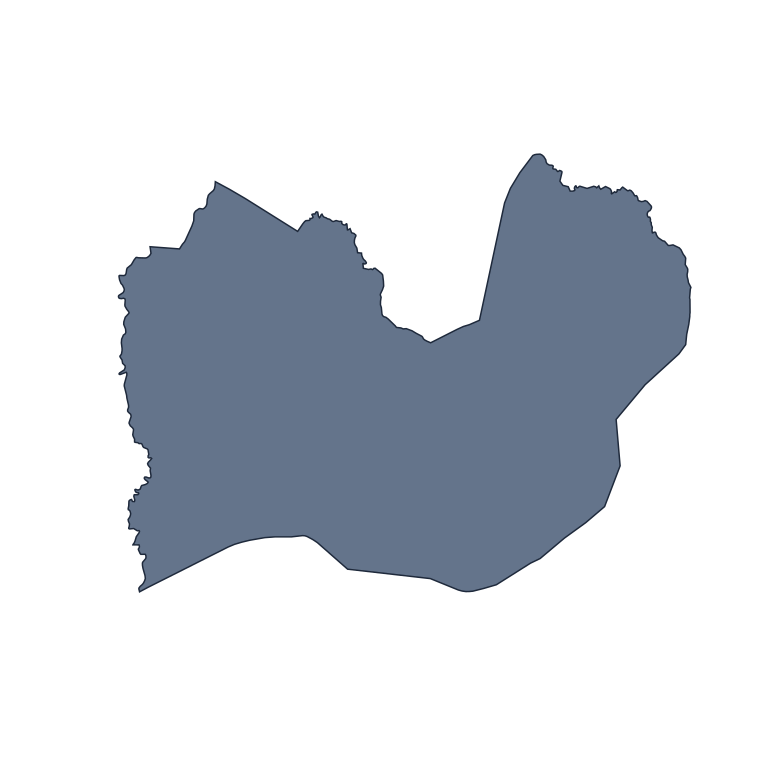 outline of Belen, Lempira, Honduras, rotated 14°
{"feature_id": "27666195B74461525568246", "entity_name": "Belen", "entity_type": "district", "adm_level": 2, "iso_a3": "HND", "parent_name": "Honduras", "parent_adm1": "Lempira", "projection": "equal_earth", "projection_center": [-88.46, 14.523], "detail": "fine", "context": "isolated", "style": "filled", "palette": "slate", "viewbox_px": 768, "rotation_deg": 14, "n_neighbors": 0, "source": "geoboundaries", "source_scale": "gbopen_adm2", "svg_char_len": 6158}
<svg xmlns="http://www.w3.org/2000/svg" viewBox="0 0 768 768"><g transform="rotate(14 384 384)"><path d="M541.6,551.6L569.5,522.4L577.7,515.6L596.4,489.8L613.3,469.7L627.7,449.6L632.9,406.3L617.8,362.2L637.5,321.6L662.9,283.4L667.2,272.8L665.7,262.6L665.3,252.5L664.4,244.6L663.9,242.6L663.7,240.7L660.4,227.9L659.7,226.6L658.3,218.0L658.4,216.0L654.9,212.0L653.9,209.6L652.3,206.6L651.6,204.3L651.5,201.6L651.0,199.3L650.5,198.4L647.4,195.3L646.3,188.9L645.0,187.4L643.0,185.8L639.7,181.9L637.6,180.5L630.8,179.1L627.9,180.4L626.3,180.8L621.7,177.6L619.6,177.6L614.6,175.7L612.4,173.6L611.2,171.6L610.6,171.1L609.4,171.3L608.2,172.4L607.8,172.4L606.9,170.2L606.4,167.0L604.9,165.0L604.2,162.7L603.1,161.7L602.8,160.0L602.2,158.7L601.4,157.8L600.3,158.2L599.8,158.0L598.9,157.0L598.3,155.6L598.2,154.4L598.5,153.1L599.0,152.3L600.1,151.4L600.6,150.1L600.9,148.4L600.7,147.4L600.1,146.6L595.0,143.2L593.0,142.9L591.4,144.1L589.5,144.8L586.6,144.5L586.0,144.0L585.1,142.0L583.8,140.4L583.2,140.2L582.2,140.7L581.6,140.6L579.4,138.3L577.1,136.7L575.6,136.4L574.2,137.4L573.4,137.5L568.0,135.2L567.4,135.9L566.1,138.6L563.4,139.0L563.3,139.4L563.6,140.6L563.0,141.8L562.4,142.1L561.3,141.7L559.0,144.4L558.5,144.2L558.4,142.9L558.0,141.9L556.7,140.3L555.8,139.8L551.2,138.8L547.2,142.6L545.6,141.4L544.5,139.8L542.9,142.2L541.7,141.5L539.7,141.4L533.7,145.1L526.2,144.7L525.6,145.1L524.8,146.5L524.0,146.9L523.3,146.7L522.7,145.5L522.0,145.4L521.5,146.2L521.3,147.5L521.5,148.5L522.3,149.4L522.1,150.2L520.5,151.2L518.0,151.8L515.0,148.0L509.5,148.0L505.6,144.6L505.5,135.8L505.3,135.0L504.8,134.6L502.8,134.3L501.6,135.6L501.0,135.8L498.7,134.1L496.1,134.4L495.5,133.7L495.6,132.1L495.2,131.4L494.0,131.1L491.5,131.6L488.9,130.8L487.7,129.5L486.7,127.3L483.9,124.6L481.6,123.5L479.8,123.2L476.3,124.3L474.6,125.1L473.1,126.3L464.7,146.1L459.3,163.6L457.2,179.1L461.2,299.1L452.3,305.9L447.1,309.0L441.6,313.4L419.3,332.7L415.5,332.1L412.8,331.4L411.4,330.7L410.0,329.1L409.1,328.5L402.9,327.0L398.4,325.6L392.2,324.9L389.3,325.9L386.9,325.5L382.4,326.1L380.9,324.9L372.3,319.9L369.7,318.8L367.4,318.7L366.0,317.9L365.1,316.6L362.9,310.4L361.4,308.0L360.6,304.5L360.2,300.5L358.8,298.4L358.8,297.2L359.7,292.8L360.0,289.1L358.5,284.2L356.3,278.5L354.9,277.3L347.3,273.8L346.1,274.3L345.5,275.5L345.0,275.8L343.6,275.5L341.2,276.6L336.0,276.7L334.4,272.3L334.7,272.0L335.8,272.3L336.8,271.9L337.5,271.3L337.5,270.5L336.2,269.2L334.2,268.1L333.1,267.1L331.3,264.6L330.5,262.4L326.6,263.0L324.8,258.7L322.0,255.8L321.0,254.0L320.5,251.5L320.5,249.1L320.9,247.3L320.7,246.4L318.4,245.2L316.0,245.1L313.5,241.5L311.6,243.3L311.2,243.3L309.5,238.3L309.0,237.6L308.6,237.7L308.2,238.7L307.7,239.2L305.8,239.3L304.2,238.5L303.8,236.8L303.0,236.5L301.3,237.1L298.0,237.0L295.8,238.5L294.6,238.7L291.4,237.3L289.0,237.3L287.8,236.8L285.5,236.6L284.4,236.0L282.7,234.2L282.1,234.9L281.6,237.4L281.1,238.3L279.8,237.0L278.1,233.3L276.9,233.3L276.4,233.8L275.8,235.8L274.2,236.1L273.1,236.9L273.4,237.6L274.3,238.5L274.8,239.5L274.7,239.8L273.6,240.9L272.1,241.3L272.5,242.4L271.9,243.3L268.7,244.4L267.7,245.6L266.4,248.4L263.3,256.8L204.5,237.6L186.7,232.4L171.4,228.5L172.1,232.5L172.2,235.9L171.6,237.6L168.8,241.6L167.9,243.4L167.8,247.4L168.6,252.3L168.3,254.6L167.3,256.6L166.3,257.7L165.5,258.1L162.9,258.3L162.2,258.6L159.5,261.6L158.7,263.4L158.5,265.1L159.9,271.7L159.4,277.2L156.5,292.8L156.0,294.5L154.6,297.2L152.9,302.4L123.8,307.4L126.3,313.6L125.7,315.6L125.0,316.9L123.6,318.6L122.2,319.4L115.4,320.9L113.4,321.0L112.8,321.3L111.6,323.8L110.0,329.3L106.8,333.6L106.6,335.0L107.0,339.2L106.6,340.8L105.5,341.7L101.2,342.6L100.8,343.0L100.9,343.9L102.2,346.9L104.5,350.1L106.3,351.3L108.7,354.2L109.2,355.3L109.2,356.8L108.8,358.4L105.3,362.2L105.1,363.0L105.4,363.9L105.9,364.6L106.8,364.9L108.6,364.7L110.6,363.8L112.0,364.1L112.6,365.1L113.4,369.9L113.9,371.2L116.4,373.8L118.6,375.5L119.4,376.5L119.3,377.2L116.8,381.8L116.5,386.6L117.0,389.1L119.9,393.1L121.0,396.3L120.8,397.8L119.3,399.6L118.6,403.9L119.2,407.6L121.3,413.0L121.8,415.2L122.0,418.6L121.0,420.9L121.7,422.0L124.0,424.1L125.4,427.2L128.3,428.9L128.9,430.5L128.6,433.1L124.8,437.2L124.5,437.9L124.5,438.4L125.1,438.7L125.9,438.5L131.0,435.0L131.8,435.7L132.3,437.4L132.1,446.9L132.4,448.7L136.9,457.1L138.0,460.0L141.2,466.3L141.8,468.3L141.5,471.1L141.8,472.3L142.9,473.3L145.4,474.6L146.1,475.7L146.5,476.9L146.0,482.9L146.2,483.9L147.9,485.9L150.5,487.3L151.8,488.4L152.1,489.4L152.5,494.0L153.2,495.3L155.3,497.8L156.0,500.6L156.6,500.8L159.4,500.5L160.8,501.1L162.7,500.5L163.7,500.9L165.3,503.1L166.2,503.7L170.1,504.3L170.9,504.9L172.8,509.2L172.5,510.8L172.9,512.3L173.8,512.6L175.6,512.0L176.6,512.5L175.8,514.3L174.2,517.0L173.9,518.6L174.9,520.0L177.8,522.1L178.1,524.8L180.0,529.0L180.3,530.7L179.8,531.6L178.7,532.1L175.6,531.8L174.4,532.2L174.1,533.1L174.4,533.8L175.6,534.7L178.6,536.0L178.9,536.5L178.7,537.2L178.1,538.1L176.7,539.3L173.5,541.1L173.1,542.2L172.9,544.8L172.4,545.4L171.0,546.4L168.4,546.3L167.9,546.7L168.1,547.5L169.2,548.8L170.6,549.2L172.0,548.9L172.4,549.3L172.5,549.9L171.9,551.0L168.6,551.8L168.3,552.2L168.5,553.7L170.2,556.7L170.4,557.8L170.2,558.5L168.3,558.8L167.0,557.1L165.9,557.7L165.0,558.8L164.9,559.6L165.8,564.0L165.9,566.7L166.3,567.8L167.5,568.1L168.4,568.9L169.5,570.9L169.7,572.4L169.5,574.6L168.5,577.3L169.1,578.8L170.9,581.3L171.2,583.6L171.1,585.3L171.3,586.0L172.2,586.2L176.1,584.8L180.1,586.1L181.8,585.5L182.4,586.0L182.3,587.6L180.6,592.1L180.4,596.7L180.0,598.9L179.3,600.4L179.3,600.8L185.2,599.4L185.7,600.1L186.1,601.3L186.0,602.1L185.6,603.3L185.7,604.1L188.4,607.5L189.3,608.1L193.5,607.0L193.9,607.3L194.6,608.4L195.0,609.9L195.0,611.1L193.0,615.2L192.9,616.2L193.5,618.4L194.7,621.1L198.5,627.8L199.5,630.5L199.3,633.0L198.7,635.5L198.0,637.0L196.4,639.3L195.6,641.2L195.7,642.1L197.1,644.8L204.3,638.3L272.3,579.8L277.8,575.7L284.4,571.8L291.5,568.1L305.5,561.9L315.2,558.7L331.2,554.7L341.7,550.8L344.1,550.4L346.4,550.6L352.7,552.2L357.7,554.0L393.5,572.5L476.0,561.6L506.0,565.9L509.8,566.0L513.6,565.6L516.7,564.8L520.4,563.5L530.1,558.3L541.6,551.6Z" fill="#64748b" stroke="#1e293b" stroke-width="1.5"/></g></svg>